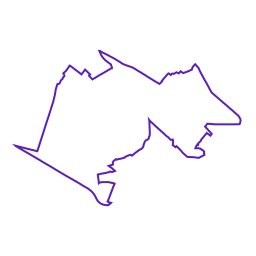 Xaloztoc, Tlaxcala, Mexico
{"feature_id": "50627088B11287751842327", "entity_name": "Xaloztoc", "entity_type": "district", "adm_level": 2, "iso_a3": "MEX", "parent_name": "Mexico", "parent_adm1": "Tlaxcala", "projection": "orthographic", "projection_center": [-98.026, 19.412], "detail": "fine", "context": "isolated", "style": "outline", "palette": "violet", "viewbox_px": 256, "rotation_deg": 0, "n_neighbors": 0, "source": "geoboundaries", "source_scale": "gbopen_adm2", "svg_char_len": 5624}
<svg xmlns="http://www.w3.org/2000/svg" viewBox="0 0 256 256"><path d="M15.4,145.7L15.8,146.1L26.0,152.1L27.7,153.0L29.4,154.0L30.9,154.9L32.9,156.1L34.0,156.7L38.5,159.4L39.3,159.8L41.8,161.4L45.6,163.6L49.7,166.0L52.9,167.9L56.0,169.8L62.5,173.7L65.7,175.6L68.8,177.3L69.0,177.5L71.5,178.9L79.2,183.3L82.0,185.1L84.9,186.8L85.9,187.4L87.1,188.0L88.0,188.6L89.8,189.9L90.5,190.5L91.5,191.4L92.3,192.2L93.0,193.0L93.4,193.5L93.9,194.1L95.3,196.4L95.6,197.0L96.1,197.9L96.4,198.7L97.2,200.1L97.5,200.5L97.8,201.0L98.5,201.8L99.0,202.2L99.6,202.7L100.1,203.1L100.6,203.4L101.4,203.9L101.9,204.1L102.4,204.3L103.1,204.6L104.1,204.8L104.5,204.9L105.2,205.0L105.9,205.1L106.8,205.1L108.1,205.1L108.4,205.1L108.5,204.9L108.6,204.7L108.9,204.5L109.1,204.4L109.6,204.1L109.8,204.0L110.1,203.8L110.3,203.6L110.6,203.3L110.9,203.1L111.0,203.0L111.1,202.9L109.0,202.2L108.2,201.9L107.6,201.6L108.4,199.7L108.7,198.8L109.2,197.8L109.9,195.7L110.8,193.3L112.4,189.1L112.8,188.0L113.5,186.2L113.8,185.5L114.2,184.7L114.6,184.1L114.7,183.8L114.7,183.6L114.2,183.5L113.9,183.4L113.2,183.2L112.9,183.0L112.5,182.9L112.2,183.0L111.9,183.0L111.5,182.8L111.2,182.6L110.8,182.5L110.0,182.6L109.7,182.4L109.3,182.3L108.8,182.2L108.1,182.1L107.4,182.1L107.1,182.0L106.0,182.1L105.5,182.1L104.2,182.1L102.5,182.1L102.1,182.1L101.3,182.2L100.8,182.3L99.2,182.8L98.9,183.1L98.7,181.4L98.5,179.8L98.1,177.1L98.0,175.9L97.9,175.5L97.9,175.1L97.8,174.5L98.8,174.3L99.4,174.2L100.7,173.8L102.0,173.6L103.7,173.3L104.4,173.1L105.0,173.1L106.0,172.9L107.3,172.5L107.8,172.4L108.2,172.3L108.8,172.2L109.0,172.1L109.9,171.5L110.0,171.5L111.8,172.0L112.0,172.1L112.7,171.8L113.3,171.6L115.0,171.0L114.6,170.6L113.4,169.5L112.9,169.1L112.3,168.5L111.2,167.6L110.7,167.3L108.7,165.9L112.5,164.7L113.0,164.6L113.1,164.4L112.9,163.9L112.8,163.4L112.8,163.2L113.0,162.1L113.1,161.8L113.2,161.5L114.5,160.3L116.0,159.2L116.2,159.5L116.4,159.7L118.5,159.1L120.6,158.7L123.0,158.1L123.4,157.9L124.7,157.6L124.8,157.3L125.6,156.7L125.9,156.5L126.6,156.2L127.6,155.8L127.9,155.7L128.5,155.5L129.2,155.2L129.4,155.1L129.6,154.9L130.3,154.8L130.6,154.8L130.8,154.9L131.1,155.0L131.3,155.0L132.0,155.6L132.4,155.5L133.0,154.9L133.5,154.3L134.4,153.6L134.9,153.2L137.5,151.2L137.5,151.3L139.5,149.9L140.2,149.4L140.9,149.1L141.5,148.9L141.7,148.7L141.9,148.5L142.4,148.0L142.8,147.4L143.2,146.6L143.4,146.2L143.5,145.9L143.6,145.5L143.6,145.1L143.6,144.8L144.4,142.8L144.5,142.3L145.1,141.2L145.5,140.7L145.8,140.4L146.1,140.2L146.9,139.9L147.5,139.6L148.2,139.1L148.4,138.9L148.6,138.7L148.9,137.7L149.0,137.3L149.0,137.0L149.1,136.7L149.4,136.2L149.7,135.7L149.8,131.7L149.6,128.3L149.5,124.3L149.4,122.8L149.4,121.6L149.2,120.0L149.8,120.8L154.3,124.9L156.3,126.8L157.7,128.0L157.9,128.3L159.7,129.8L161.3,131.4L161.5,131.4L163.1,132.9L163.4,133.1L164.9,134.5L165.2,135.0L166.6,136.1L167.2,136.6L168.6,137.5L168.8,137.9L170.6,139.8L171.3,139.8L172.8,139.6L173.1,142.3L172.8,144.7L172.7,145.1L175.5,147.2L176.5,146.2L177.2,146.8L177.7,147.3L178.6,148.2L179.4,149.0L180.4,150.0L181.2,150.8L182.0,151.9L182.9,153.0L187.4,156.9L193.6,157.2L198.7,157.9L204.4,154.9L204.4,154.4L204.2,153.9L204.1,153.6L204.0,153.4L204.1,152.8L204.1,152.5L204.2,152.3L204.2,152.1L204.2,151.9L204.1,151.6L203.9,151.3L203.4,151.0L203.2,150.7L203.0,150.4L202.7,150.1L202.4,149.9L202.2,149.8L201.6,149.6L201.4,149.5L201.1,149.3L200.9,149.1L200.7,148.9L200.5,148.7L200.4,148.6L199.8,148.5L199.4,148.5L199.2,148.4L198.4,148.2L198.1,148.2L197.7,148.2L197.1,148.2L196.3,148.3L195.6,148.2L195.4,148.2L195.7,147.4L196.6,145.5L197.1,145.0L197.4,145.2L197.7,145.2L197.9,145.2L198.0,145.2L198.2,144.8L198.1,144.7L197.7,144.1L198.0,143.9L198.7,142.8L199.2,142.4L199.6,142.0L200.0,141.7L200.9,140.7L201.2,140.0L201.2,139.6L201.8,138.9L202.7,137.9L204.8,135.4L206.8,133.0L207.9,133.9L208.5,134.2L210.4,135.7L211.3,134.5L211.7,133.8L205.1,126.6L205.4,126.3L205.6,126.0L207.3,123.7L212.3,124.1L213.8,124.2L214.4,124.3L217.8,124.3L225.9,124.3L235.9,124.3L238.6,124.2L239.4,124.2L239.5,124.1L239.8,123.9L239.9,123.6L240.1,122.9L240.2,122.4L240.5,120.7L240.6,120.4L240.6,120.2L240.3,119.0L239.6,117.7L238.5,115.9L236.8,114.4L233.5,111.5L233.4,111.4L233.3,111.2L230.5,108.9L226.8,105.6L223.0,102.4L219.3,99.2L215.6,96.0L211.6,92.5L209.5,88.8L208.2,86.2L207.1,84.2L204.4,79.5L201.9,74.8L200.0,71.4L198.6,68.1L195.2,64.2L192.7,67.0L191.7,69.8L191.4,69.9L191.1,69.9L188.4,71.2L183.2,73.1L180.6,71.3L178.8,73.4L176.4,72.3L174.0,73.8L172.0,73.6L170.8,75.0L168.6,73.4L167.8,73.9L165.9,76.2L163.7,78.6L161.7,81.2L161.9,81.5L160.6,83.0L159.7,83.7L159.5,83.9L157.0,82.5L148.0,77.0L145.7,75.5L140.2,72.1L137.8,70.7L136.9,70.1L135.7,69.4L133.6,68.0L133.0,67.8L132.5,67.5L131.4,67.1L127.1,65.6L123.9,64.4L122.8,63.9L119.9,62.0L116.9,60.2L115.5,59.3L114.0,58.4L110.7,56.7L109.7,56.2L108.9,55.7L105.2,53.8L102.4,52.4L100.1,51.0L99.6,50.9L99.3,50.9L100.5,53.5L101.7,56.0L101.9,56.2L103.0,57.8L104.3,59.2L105.4,60.3L106.3,61.0L107.2,61.7L110.9,64.4L111.3,65.8L111.8,67.2L111.9,67.3L111.9,67.5L111.9,68.1L111.7,68.1L108.4,70.0L102.5,73.5L99.8,75.0L95.5,77.6L92.4,79.4L89.0,75.7L89.3,75.1L90.1,74.5L85.1,69.6L81.5,74.4L70.8,66.2L69.7,65.6L68.6,67.1L66.6,70.1L65.5,71.4L64.4,72.3L63.6,73.0L63.3,73.3L63.8,74.2L64.0,74.4L64.2,75.0L64.3,75.5L64.4,76.1L64.2,76.5L63.7,76.8L63.3,77.1L63.0,77.6L62.7,78.1L62.6,78.8L61.9,79.5L61.4,79.9L61.1,80.2L60.8,80.6L60.7,81.0L60.5,81.4L60.3,81.9L59.8,82.7L59.5,83.3L59.1,83.7L58.7,84.0L58.2,84.1L57.7,84.0L57.4,84.1L55.8,89.2L55.0,94.3L53.3,101.4L51.2,108.0L49.1,114.7L46.7,121.9L42.0,136.7L39.6,144.1L37.7,150.1L37.3,151.2L29.0,149.2L15.4,145.7Z" fill="none" stroke="#5b21b6" stroke-width="2"/></svg>